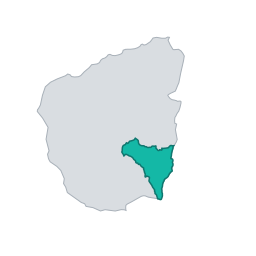 location of Cerro Largo within Uruguay, rotated 60°
{"feature_id": "URY-12", "entity_name": "Cerro Largo", "entity_type": "Department", "adm_level": 1, "iso_a3": "URY", "parent_name": "Uruguay", "parent_adm1": "", "projection": "albers", "projection_center": [-54.394, -32.345], "detail": "fine", "context": "in_parent", "style": "filled", "palette": "teal", "viewbox_px": 256, "rotation_deg": 60, "n_neighbors": 0, "source": "natural_earth", "source_scale": "10m", "svg_char_len": 5139}
<svg xmlns="http://www.w3.org/2000/svg" viewBox="0 0 256 256"><g transform="rotate(60 128 128)"><path d="M198.4,170.9L196.9,172.2L195.3,174.7L193.5,180.6L187.3,188.7L186.1,193.3L179.5,198.1L174.9,203.5L171.9,203.4L169.1,205.7L153.6,212.8L148.0,211.5L143.9,211.6L140.0,208.5L131.2,207.4L125.7,208.8L118.4,212.3L116.1,212.3L114.5,212.1L110.5,210.8L108.3,207.8L96.8,204.6L87.5,196.9L76.6,197.0L68.3,198.3L67.0,197.3L66.1,195.3L64.3,192.4L56.9,185.7L51.0,179.0L49.6,172.2L50.1,164.8L51.5,155.9L51.1,153.2L53.1,151.5L55.2,151.2L57.1,148.8L58.8,145.3L59.0,142.7L57.5,137.9L56.3,131.2L55.0,127.9L57.1,122.6L57.1,120.0L55.7,117.8L55.3,115.5L55.8,113.1L55.6,110.8L54.7,108.6L55.2,106.8L57.3,105.3L58.9,103.0L59.8,100.0L60.3,97.7L60.3,96.1L59.6,94.7L58.2,93.3L58.7,90.6L61.1,86.3L62.7,82.6L63.3,79.4L63.2,76.8L62.3,74.9L62.6,73.5L64.1,72.8L64.8,70.7L64.4,65.5L62.6,61.3L63.8,57.9L67.2,53.8L69.0,50.6L69.1,48.2L70.2,46.8L72.0,49.4L77.1,49.9L82.3,49.8L83.1,49.2L85.1,44.9L87.7,43.6L90.6,43.2L93.8,43.3L97.3,46.1L107.0,55.1L114.2,61.3L116.4,64.3L118.2,66.5L119.7,68.6L119.2,74.1L119.3,76.5L119.6,77.2L121.2,77.2L123.6,76.8L125.6,75.6L127.1,73.8L128.6,72.4L129.8,71.6L130.2,70.4L130.9,69.2L131.7,68.9L133.1,69.8L136.4,72.9L138.9,75.8L139.5,77.4L140.5,79.1L141.6,80.6L142.3,82.1L144.8,83.9L147.3,85.1L148.9,83.9L153.2,87.8L162.5,91.1L164.2,93.1L165.8,96.0L169.0,100.3L173.5,104.2L177.1,105.8L180.6,106.8L182.5,107.6L183.8,109.1L185.9,110.7L187.2,111.3L187.7,112.8L189.0,115.9L190.4,119.9L191.9,123.6L195.2,127.2L199.0,129.9L202.9,131.5L205.0,133.5L206.0,135.5L203.3,138.5L200.4,142.2L197.9,145.1L195.3,147.1L194.4,148.5L193.8,150.7L193.7,162.3L193.5,166.7L193.7,167.8L194.0,168.6L195.6,169.7L197.6,170.7L198.4,170.9Z" fill="#d9dde1" stroke="#a8b0b8" stroke-width="1"/><path d="M166.1,97.4L166.2,97.7L167.0,98.5L168.0,99.2L168.9,100.1L169.8,101.1L171.9,103.1L173.6,104.2L175.0,105.6L175.7,106.1L176.1,106.1L176.4,105.7L176.9,105.2L177.5,105.0L178.1,105.1L178.6,105.3L179.1,105.7L179.3,105.9L179.6,106.5L179.9,106.7L180.1,106.8L181.1,106.9L181.6,107.1L182.1,107.3L182.9,107.9L183.3,108.3L183.4,108.6L183.5,109.0L183.7,109.4L184.0,109.7L184.3,110.1L185.2,110.6L186.9,111.0L187.4,111.3L187.5,111.8L187.6,113.0L188.4,115.1L189.9,117.3L190.3,118.3L190.5,119.5L190.5,121.3L190.7,121.9L190.9,122.4L191.7,123.1L192.0,123.5L192.5,124.4L193.1,125.2L193.8,126.0L195.7,127.3L197.4,129.3L199.1,129.9L200.4,130.7L200.9,130.9L201.8,130.9L202.8,131.5L203.8,132.0L204.2,132.3L206.2,134.5L206.4,135.0L206.3,135.6L205.9,136.1L204.8,137.0L204.2,137.7L200.7,136.9L199.9,136.8L199.7,136.8L199.4,136.9L198.9,137.2L198.7,137.3L198.4,137.3L198.0,137.2L197.8,137.2L197.6,137.1L197.2,136.7L196.6,136.6L196.1,136.6L195.8,136.6L195.6,136.5L195.4,136.2L195.1,136.0L195.0,135.9L194.8,135.9L191.7,136.2L190.9,136.2L189.9,136.0L184.9,136.4L184.6,136.3L184.4,136.3L184.2,136.2L183.9,136.0L182.0,134.4L181.7,134.3L181.6,134.2L181.3,134.2L180.9,134.3L180.1,134.8L179.8,135.1L179.1,135.7L179.0,135.8L178.9,136.0L179.0,136.3L179.0,136.5L179.2,136.8L179.3,137.0L179.2,137.3L179.1,137.5L178.7,137.5L178.4,137.4L178.2,137.3L178.1,137.2L176.5,136.1L176.3,136.0L176.1,136.0L175.9,136.0L175.3,136.0L175.1,136.0L174.9,136.0L174.7,135.9L174.2,135.6L173.2,135.5L172.6,135.2L171.5,135.1L171.3,135.0L171.2,135.0L171.0,134.9L170.8,134.6L170.6,134.5L170.3,134.5L169.9,134.7L168.4,135.5L167.8,135.7L166.1,135.9L165.7,135.8L165.3,135.9L165.1,136.2L165.0,136.7L164.9,136.8L164.8,137.0L164.5,137.1L164.1,137.2L163.8,137.1L163.6,137.1L163.4,137.1L163.1,137.4L162.9,137.7L162.7,138.0L162.3,138.3L161.8,138.4L161.6,138.3L161.3,138.3L160.8,138.1L160.4,138.0L160.0,138.0L159.7,138.0L158.3,138.6L157.9,138.7L156.9,138.7L156.1,138.8L155.7,138.9L153.9,139.8L153.4,140.2L153.0,140.7L152.7,141.0L151.6,141.5L151.2,141.7L151.0,142.0L150.8,142.1L150.1,142.5L149.8,142.9L149.7,143.1L149.6,143.3L149.5,143.6L149.6,143.9L150.0,144.6L150.1,144.9L150.1,145.5L148.6,145.3L146.4,145.4L146.0,145.4L145.7,145.3L145.5,145.2L145.2,144.7L142.3,142.8L141.9,142.4L141.3,141.8L141.0,141.2L140.8,140.8L140.8,140.5L140.8,140.2L140.9,139.4L141.0,138.7L140.9,138.4L140.8,138.1L140.3,137.4L140.2,137.1L140.1,136.8L140.1,136.6L140.4,136.4L140.5,136.3L140.9,136.2L141.1,136.1L141.2,135.8L141.2,135.6L141.2,135.4L140.4,133.6L140.3,133.4L140.3,133.0L140.4,132.6L140.8,131.5L141.2,129.6L141.3,129.2L141.3,128.8L141.1,128.0L140.5,126.8L143.1,125.6L144.2,125.5L146.1,126.3L147.1,126.5L148.2,126.3L149.1,125.9L149.9,125.3L150.5,124.5L151.1,123.5L151.5,123.0L152.6,122.7L152.8,122.4L153.0,122.0L153.3,121.6L153.6,121.4L154.2,121.1L154.5,120.9L155.0,120.3L155.6,118.8L156.1,118.1L156.2,117.7L156.1,117.3L155.9,116.9L155.8,116.5L155.8,116.2L155.9,115.9L156.2,115.3L156.8,114.6L157.1,114.1L157.2,113.3L157.5,112.9L158.2,113.1L159.4,113.9L159.9,113.8L160.5,113.6L161.2,113.5L161.8,113.4L162.5,113.2L162.9,112.6L163.0,112.0L162.7,111.4L163.0,111.0L163.8,110.4L163.9,110.0L163.8,109.4L163.5,109.2L163.0,109.2L162.5,108.8L163.5,107.3L163.9,106.3L164.3,105.5L165.0,103.7L165.2,103.1L165.0,102.2L164.5,100.7L164.5,99.8L164.7,99.5L164.9,99.1L165.2,98.8L165.5,98.6L166.0,97.6L166.1,97.4L166.1,97.4Z" fill="#14b8a6" stroke="#0f766e" stroke-width="1.5"/></g></svg>